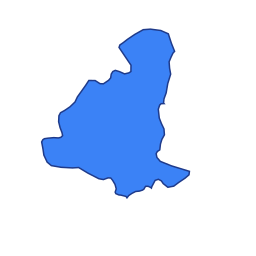 the Statistical Region of Probištip, rotated 326°
{"feature_id": "MKD-2904", "entity_name": "Probištip", "entity_type": "Statistical Region", "adm_level": 1, "iso_a3": "MKD", "parent_name": "North Macedonia", "parent_adm1": "", "projection": "mercator", "projection_center": [22.168, 41.948], "detail": "fine", "context": "isolated", "style": "filled", "palette": "blue", "viewbox_px": 256, "rotation_deg": 326, "n_neighbors": 0, "source": "natural_earth", "source_scale": "10m", "svg_char_len": 1460}
<svg xmlns="http://www.w3.org/2000/svg" viewBox="0 0 256 256"><g transform="rotate(326 128 128)"><path d="M171.5,127.9L169.1,126.4L167.1,126.7L163.6,129.4L159.5,137.2L158.2,142.9L157.3,148.9L154.4,154.0L149.7,156.4L146.0,159.4L142.1,163.9L139.2,163.9L137.0,165.0L135.5,168.6L136.1,173.7L142.8,183.6L154.7,198.3L152.4,200.9L147.3,201.5L139.7,201.5L133.4,201.8L127.9,199.4L126.1,193.8L126.1,190.5L124.5,187.5L121.2,186.6L115.0,189.9L113.8,190.9L113.5,189.9L112.1,187.6L110.0,186.2L108.7,186.7L107.0,187.6L105.3,187.6L102.2,186.7L98.8,184.9L94.7,184.4L90.9,184.4L88.1,185.3L88.1,183.6L84.5,179.6L83.0,178.4L81.2,175.6L81.5,174.0L84.2,171.9L85.7,167.5L86.0,162.7L85.7,159.8L83.6,158.2L78.8,157.0L75.5,153.8L69.5,142.9L65.0,133.2L59.6,130.0L50.6,123.2L43.4,116.3L41.9,111.1L43.1,103.4L45.8,97.8L48.6,91.3L49.1,91.0L50.9,90.1L52.7,90.1L56.0,91.7L61.1,94.5L64.7,97.3L67.1,98.2L69.5,97.8L70.7,94.9L71.9,89.7L74.0,84.0L77.6,79.2L80.6,77.6L85.1,78.0L91.7,78.0L98.6,76.8L103.5,73.9L116.4,69.1L122.1,66.7L127.3,70.3L129.6,75.6L132.3,77.6L138.6,77.6L141.6,76.8L144.3,73.9L147.0,72.7L149.7,73.1L152.4,76.4L155.4,81.2L159.6,82.8L162.0,82.8L165.6,77.6L165.6,68.3L165.6,56.2L167.7,54.6L171.0,54.6L177.3,54.2L186.0,54.2L195.6,55.0L201.9,58.6L209.7,65.5L214.1,72.5L213.2,75.5L211.3,82.2L209.5,90.5L207.1,91.1L203.2,93.4L199.1,96.1L195.9,101.7L193.5,107.2L185.8,113.4L179.3,120.2L174.1,124.0L171.4,127.2L171.5,127.9Z" fill="#3b82f6" stroke="#1e3a8a" stroke-width="1.5"/></g></svg>